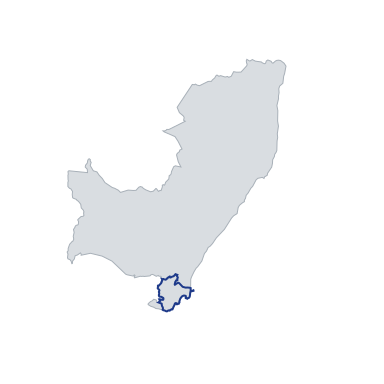 location of Piura within Peru, rotated 243°
{"feature_id": "PER-567", "entity_name": "Piura", "entity_type": "Department", "adm_level": 1, "iso_a3": "PER", "parent_name": "Peru", "parent_adm1": "", "projection": "mercator", "projection_center": [-80.245, -5.271], "detail": "fine", "context": "in_parent", "style": "outline", "palette": "blue", "viewbox_px": 384, "rotation_deg": 243, "n_neighbors": 0, "source": "natural_earth", "source_scale": "10m", "svg_char_len": 7156}
<svg xmlns="http://www.w3.org/2000/svg" viewBox="0 0 384 384"><g transform="rotate(243 192 192)"><path d="M268.3,114.6L268.2,115.6L267.0,116.1L265.9,115.4L264.2,115.6L261.7,113.3L255.7,113.7L253.1,116.4L249.1,116.9L244.8,118.2L239.9,118.7L232.2,123.0L230.5,124.7L227.0,127.2L224.1,128.1L222.7,135.9L220.0,140.4L218.9,142.9L220.4,146.7L220.3,148.5L218.8,150.0L217.5,150.2L214.9,151.8L211.0,155.2L210.3,157.9L211.5,161.4L211.1,161.8L207.8,162.4L207.9,164.4L207.3,165.1L210.0,167.9L211.5,168.6L211.6,169.3L211.4,170.0L210.7,170.3L210.7,170.9L212.7,173.0L214.1,177.2L217.0,179.2L217.0,180.6L217.9,181.9L219.4,182.9L222.8,187.1L222.9,189.0L219.3,193.5L225.2,193.5L231.8,195.0L232.7,195.7L233.5,197.8L233.6,199.1L234.9,200.1L234.8,202.6L243.5,202.6L249.1,202.0L258.2,194.5L259.6,193.9L258.8,195.5L258.7,196.7L259.2,198.0L258.2,199.8L258.1,218.1L259.7,217.1L261.9,218.8L263.4,218.9L268.4,216.8L274.2,217.2L287.7,241.1L286.5,242.8L286.6,244.0L284.9,245.1L283.3,247.0L283.2,256.6L281.8,259.5L282.6,261.0L283.3,264.0L284.6,265.9L284.9,267.1L284.7,267.5L282.9,268.5L282.7,270.3L279.4,273.7L278.8,276.1L277.5,276.8L277.3,279.5L280.3,283.7L278.4,286.3L276.6,290.1L279.6,298.1L280.9,299.2L282.2,299.2L284.2,299.9L285.3,301.1L282.8,302.6L282.4,303.2L282.6,305.9L279.9,307.8L276.3,312.9L275.3,313.2L273.5,314.7L273.2,315.4L273.5,316.2L275.0,317.7L275.2,319.5L272.6,321.8L270.7,322.0L270.0,322.7L270.8,325.8L270.8,327.2L270.2,328.9L268.9,330.6L265.0,332.5L261.5,332.9L255.4,328.2L253.6,326.3L247.6,322.3L246.6,318.2L244.6,316.2L241.0,314.7L238.1,312.5L235.9,311.5L230.5,306.9L225.5,305.4L216.4,300.5L211.4,298.9L205.1,294.4L201.7,293.1L198.9,291.0L190.6,286.5L189.3,285.1L188.0,282.8L186.2,281.5L184.1,278.5L181.0,276.7L178.0,274.3L174.4,267.9L172.7,266.5L172.6,263.6L171.4,262.3L173.1,261.3L174.3,256.9L173.7,254.6L169.5,248.6L168.6,246.1L165.6,241.5L164.5,238.8L162.0,236.7L161.0,235.0L159.6,234.3L159.5,232.2L158.6,228.2L157.2,226.1L152.3,222.4L151.9,218.3L150.8,215.4L144.0,203.9L140.1,192.9L136.7,186.8L135.4,183.2L135.3,181.3L132.8,178.1L131.5,175.1L126.0,169.4L122.8,163.0L122.3,161.2L120.1,157.7L116.6,153.1L114.9,151.3L104.3,145.7L99.3,142.3L98.7,140.5L98.9,139.5L100.0,138.6L101.5,139.3L102.5,139.0L103.2,137.8L103.2,135.9L102.3,133.4L98.9,128.8L99.8,126.6L96.3,121.2L97.1,115.9L97.9,114.6L103.0,109.3L104.5,107.0L106.7,105.6L108.9,103.4L111.6,101.8L112.4,102.3L113.2,105.2L113.1,107.1L113.8,109.2L112.0,111.1L109.9,110.7L109.1,111.2L108.8,112.1L109.2,113.6L109.7,114.2L111.2,114.2L109.2,117.0L109.3,117.6L110.7,118.1L112.1,117.4L113.6,115.8L114.4,115.5L119.6,118.3L122.0,118.0L123.9,119.2L124.1,121.2L126.7,125.1L130.5,126.1L131.2,125.8L132.0,124.3L132.9,124.1L133.1,121.9L136.4,119.6L136.9,118.0L136.4,116.9L136.5,116.0L138.5,110.9L139.1,110.3L139.7,108.7L140.4,107.7L141.6,101.9L142.5,101.9L143.4,103.3L144.4,102.9L143.8,101.7L144.0,101.2L147.7,96.6L148.9,95.6L166.8,89.3L175.7,82.8L183.5,73.7L186.0,64.5L186.9,65.1L188.4,64.9L187.9,61.2L188.2,59.4L188.2,58.9L185.7,56.7L184.7,54.3L182.6,52.9L182.7,52.4L185.0,52.9L187.0,52.6L188.8,51.1L190.1,51.3L193.0,53.3L195.2,53.5L195.9,55.0L198.0,56.1L201.0,59.3L202.3,62.7L202.2,63.4L203.6,65.2L206.5,66.1L209.4,68.6L212.4,69.4L213.7,71.7L214.5,72.4L214.9,73.7L214.5,75.3L214.9,76.1L217.1,77.5L219.0,77.5L219.4,78.2L220.5,82.0L219.8,83.9L220.1,85.0L222.6,85.9L223.3,86.7L225.3,86.9L228.1,86.1L231.6,87.3L234.2,86.8L235.5,86.5L236.7,85.7L237.8,85.7L240.5,83.3L241.3,83.1L244.2,84.2L246.7,85.8L249.7,85.5L251.0,84.5L253.2,83.9L257.1,85.9L258.0,86.9L259.1,87.1L263.3,89.1L264.1,89.9L266.4,90.7L266.8,91.4L266.7,92.1L256.7,107.7L259.8,109.0L262.7,108.2L264.2,109.3L265.3,111.8L267.5,113.5L268.3,114.6Z" fill="#d9dde1" stroke="#a8b0b8" stroke-width="1"/><path d="M108.8,112.0L108.8,112.3L108.8,112.5L109.1,112.8L109.2,113.0L109.1,113.5L109.4,114.3L110.0,114.3L110.6,114.1L111.3,114.1L111.2,114.4L109.1,117.1L109.1,117.3L109.2,117.6L109.4,117.8L110.1,118.2L110.4,118.3L110.6,118.3L110.9,118.1L111.5,117.8L112.7,116.9L112.9,116.7L113.0,116.4L113.2,115.9L113.3,115.7L113.6,115.5L113.8,115.4L114.4,115.4L114.5,115.5L114.8,115.6L115.1,115.6L115.3,115.7L115.6,116.0L116.1,116.5L116.4,116.7L116.8,116.9L117.2,117.0L117.6,117.0L118.0,117.1L118.4,117.5L118.7,117.9L119.1,118.3L119.6,118.4L120.6,118.1L121.2,117.8L121.7,117.7L122.1,117.9L122.9,118.7L123.0,118.7L123.2,118.9L123.3,118.9L123.7,118.9L124.0,119.1L124.1,119.3L124.0,119.5L123.7,120.1L123.7,120.4L124.1,121.1L124.3,122.0L124.7,122.7L124.7,123.0L124.9,123.3L125.1,123.6L125.4,123.7L125.7,123.9L125.8,124.0L125.9,124.3L125.9,124.5L126.1,124.6L126.4,124.7L126.5,124.8L126.7,125.1L126.9,125.4L127.1,125.6L127.4,125.7L128.1,125.7L127.7,126.1L127.6,126.3L127.6,126.7L127.5,126.9L127.4,126.9L127.2,127.0L126.7,127.7L126.6,127.9L126.3,128.2L125.9,128.6L125.8,128.8L125.8,129.0L126.1,129.9L126.2,130.1L126.2,130.4L126.1,130.8L126.2,131.0L126.3,131.1L126.6,131.3L126.8,133.5L126.8,133.8L126.5,133.8L126.4,133.8L126.2,133.7L125.8,133.8L125.7,133.8L125.5,134.3L125.5,134.5L125.6,135.0L125.6,135.4L125.5,136.3L125.3,137.3L125.3,137.5L125.6,138.1L125.6,138.3L125.6,138.7L125.7,138.8L125.7,139.0L125.8,139.0L126.1,139.4L126.3,140.0L126.1,140.2L126.0,140.3L125.8,140.4L125.6,140.5L125.1,141.1L124.8,141.3L124.6,140.8L124.4,140.7L123.7,140.4L123.3,140.4L123.0,140.5L122.6,140.6L122.2,140.5L122.0,140.4L121.9,140.3L121.7,139.9L121.6,139.7L121.3,139.4L121.1,139.3L120.9,139.2L120.5,139.2L120.2,139.1L120.0,138.9L120.0,138.7L120.0,138.4L120.2,138.1L120.3,138.0L120.3,137.9L120.4,137.7L120.2,137.4L120.0,137.1L119.9,137.0L119.8,136.8L119.7,136.6L119.5,136.3L119.3,136.1L118.4,135.4L117.8,134.8L117.4,134.6L117.2,134.6L117.1,135.0L117.4,136.4L117.4,138.0L117.4,138.5L117.2,138.8L116.6,139.2L111.9,140.6L111.7,140.7L111.6,140.8L109.7,142.9L109.5,143.3L109.4,143.5L109.2,144.1L109.1,144.3L107.9,146.3L107.3,146.9L107.0,147.2L105.5,146.4L104.6,146.0L103.6,145.1L102.5,144.3L101.2,143.5L99.9,142.5L99.4,141.9L99.1,141.1L99.2,140.5L99.2,139.8L99.1,139.6L99.5,139.4L99.5,139.1L100.0,139.0L100.1,138.6L100.1,138.4L100.3,138.2L100.5,138.2L100.8,138.7L101.3,138.9L101.8,139.1L102.3,139.2L102.9,138.6L103.5,137.5L103.6,136.1L103.2,134.9L102.4,133.3L102.0,132.8L100.6,131.4L100.3,131.1L100.0,131.0L99.8,131.0L99.4,130.8L99.1,130.3L98.7,129.8L98.4,129.4L98.5,129.2L98.8,129.0L98.9,128.7L98.7,128.4L98.7,128.2L99.0,128.1L98.9,127.9L98.8,127.6L99.0,127.3L99.5,127.2L99.7,127.5L100.2,127.4L100.4,127.1L100.5,126.6L100.1,125.8L99.6,125.3L99.2,125.0L98.8,124.4L98.5,124.0L98.0,123.3L96.8,122.0L96.3,121.3L96.4,121.1L96.6,121.0L96.8,120.8L96.8,120.5L96.6,120.2L96.8,119.4L96.8,119.2L96.7,118.9L96.5,118.6L96.4,118.3L96.5,118.1L96.7,117.9L96.8,117.8L97.0,117.6L97.2,117.1L97.2,116.7L97.0,115.9L97.0,115.6L97.2,115.2L97.4,114.9L97.6,114.7L98.9,113.8L99.3,113.4L99.5,112.9L99.7,112.7L100.0,112.6L100.3,112.5L100.5,112.4L101.5,113.3L101.8,113.4L102.5,113.6L103.7,113.5L104.2,113.6L104.7,113.7L106.1,114.2L106.3,114.3L106.5,114.2L106.9,113.7L108.8,112.0L108.8,112.0ZM103.8,147.2L103.7,147.3L103.6,147.6L103.7,147.8L103.8,147.9L103.8,148.1L103.8,148.4L103.8,148.7L103.7,148.7L103.4,148.5L103.5,148.4L103.4,148.1L103.4,147.9L103.5,147.7L103.6,147.1L103.8,147.2Z" fill="none" stroke="#1e3a8a" stroke-width="2"/></g></svg>